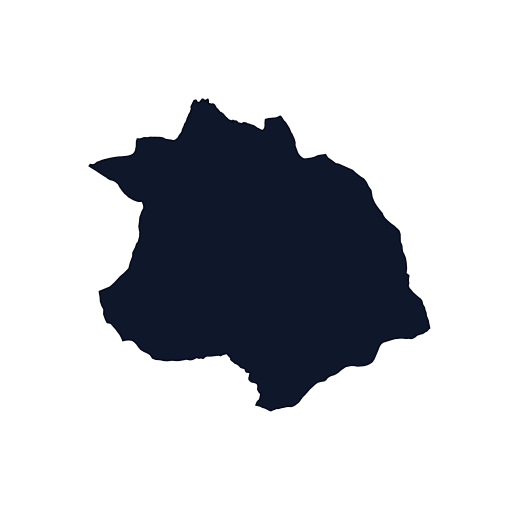 Semonkong, Maseru, Lesotho, rotated 21°
{"feature_id": "5366337B2664328548096", "entity_name": "Semonkong", "entity_type": "district", "adm_level": 2, "iso_a3": "LSO", "parent_name": "Lesotho", "parent_adm1": "Maseru", "projection": "robinson", "projection_center": [28.034, -29.842], "detail": "fine", "context": "isolated", "style": "filled", "palette": "ink", "viewbox_px": 512, "rotation_deg": 21, "n_neighbors": 0, "source": "geoboundaries", "source_scale": "gbopen_adm2", "svg_char_len": 6136}
<svg xmlns="http://www.w3.org/2000/svg" viewBox="0 0 512 512"><g transform="rotate(21 256 256)"><path d="M130.9,337.4L122.5,345.3L125.6,350.6L127.1,354.0L130.2,357.7L133.2,360.2L134.8,364.9L138.2,368.9L140.9,371.4L144.6,370.7L147.9,372.5L151.6,374.4L154.3,376.2L157.4,378.1L160.5,380.9L162.0,382.7L164.4,381.1L166.8,379.9L170.5,378.9L173.2,379.5L176.0,380.7L179.3,382.9L182.1,384.4L185.4,385.0L189.7,385.3L192.7,385.9L196.1,388.3L199.4,388.3L203.7,387.0L207.6,386.4L210.7,385.4L214.9,383.2L219.4,381.9L221.5,381.0L226.2,378.2L227.5,377.2L231.6,376.4L233.3,375.5L234.8,374.2L235.7,373.2L236.7,371.9L239.3,371.8L241.6,370.4L243.0,370.6L243.5,370.2L244.1,368.7L244.6,368.0L246.0,366.7L247.8,366.2L248.1,366.0L250.2,365.2L251.0,364.6L252.6,363.9L254.8,362.6L255.9,362.2L257.0,361.6L258.6,361.7L260.0,360.0L263.3,357.6L264.2,357.5L265.4,358.4L269.3,360.3L269.6,361.6L271.3,362.4L273.2,362.8L274.5,363.5L276.8,363.5L279.3,364.1L281.6,365.3L283.3,365.3L284.8,365.1L286.1,365.1L287.9,367.3L288.8,367.7L290.8,367.1L292.0,367.1L292.8,367.8L292.8,369.5L293.2,371.1L293.2,372.5L294.0,373.9L296.6,375.0L298.3,374.8L300.0,374.5L301.8,374.5L303.0,374.8L304.3,376.2L304.9,377.7L305.1,378.8L305.6,380.1L308.0,382.1L309.7,382.7L310.2,384.1L310.8,387.8L310.7,389.6L310.0,390.4L309.5,392.1L309.4,395.1L313.5,394.5L316.1,394.8L318.5,394.6L320.9,394.7L323.4,395.1L325.3,395.1L326.9,393.4L328.4,392.2L329.7,390.8L331.4,390.3L334.2,388.2L336.1,387.1L337.3,386.2L339.5,384.9L343.0,383.7L345.2,381.7L348.1,376.9L349.7,370.8L351.0,368.0L352.3,364.6L353.4,361.3L356.9,354.3L358.6,351.7L361.6,349.5L364.2,348.1L365.3,346.6L366.2,343.7L368.4,340.9L371.4,338.6L372.8,337.0L374.5,334.6L375.7,332.1L379.2,327.0L384.0,323.9L387.0,322.9L390.4,322.2L395.6,319.7L397.3,318.6L398.9,317.3L400.6,315.5L402.3,313.0L403.0,309.8L403.3,299.8L403.3,296.2L403.9,293.3L405.4,290.8L412.4,285.3L414.9,283.4L418.5,281.5L421.6,280.1L426.0,278.9L427.9,277.9L429.9,277.5L430.8,277.1L431.9,276.2L433.0,275.0L433.7,273.9L434.3,272.4L437.2,269.9L439.4,268.4L441.0,266.0L442.2,264.8L443.4,261.8L443.9,261.1L442.9,259.5L441.0,256.7L439.8,254.6L436.5,251.1L435.0,248.2L433.1,246.1L431.5,243.7L428.8,241.6L427.0,238.8L425.0,237.4L422.8,236.8L420.1,235.9L415.3,234.0L413.1,232.7L410.6,231.5L408.6,229.3L408.2,226.7L406.9,224.4L406.4,223.0L405.9,221.0L405.8,219.8L404.9,219.3L402.1,218.6L400.9,213.7L398.4,208.4L396.0,204.4L393.1,201.3L391.5,200.0L389.8,197.2L388.4,194.2L385.5,191.2L382.6,184.1L380.5,181.5L378.1,180.3L376.2,179.7L374.6,178.9L370.3,177.8L366.4,176.4L362.7,174.8L360.6,173.3L359.4,172.3L358.9,171.4L354.0,168.6L350.1,166.1L347.1,163.8L343.4,159.9L341.5,156.8L339.8,153.7L336.0,151.2L332.3,147.7L328.9,145.6L325.8,145.1L318.8,143.0L315.6,141.6L300.2,140.8L297.1,141.4L293.7,140.3L287.6,138.8L284.6,136.5L278.1,140.2L275.1,143.2L272.9,144.8L267.2,148.0L264.7,148.4L261.1,147.2L258.1,145.3L252.7,139.1L251.7,136.2L249.8,133.5L245.9,129.6L244.2,128.4L241.1,125.1L235.4,120.8L234.1,120.4L232.1,119.1L229.9,117.4L228.9,116.9L228.5,116.9L227.7,117.7L227.1,118.5L225.2,120.1L218.5,123.4L216.0,125.2L216.7,127.9L217.9,130.9L218.4,133.0L218.0,135.8L217.2,136.5L215.3,136.8L212.9,136.4L211.4,136.4L207.6,135.4L205.7,135.4L204.1,135.6L202.4,135.5L200.2,135.9L199.5,135.6L198.9,135.5L198.6,135.6L198.7,135.8L198.9,135.9L198.9,136.0L198.3,136.3L198.1,136.2L197.8,136.3L197.3,135.9L196.6,136.1L196.2,136.4L196.1,136.9L196.1,137.3L196.0,137.7L195.2,137.8L194.2,138.0L193.6,137.9L193.4,138.0L192.6,138.1L191.9,138.4L190.6,137.7L189.3,137.2L188.8,137.3L188.4,137.6L187.9,137.6L187.1,137.9L186.2,137.7L185.8,137.8L185.8,138.0L186.0,138.5L186.6,138.8L186.6,139.0L185.8,139.4L185.7,139.2L185.1,139.0L184.5,138.7L182.9,138.9L181.5,138.7L180.5,138.5L179.9,138.0L177.8,137.3L176.2,136.4L175.4,136.1L175.3,135.8L174.6,135.4L174.1,135.3L173.4,135.3L173.2,135.1L172.0,134.7L171.3,135.0L171.0,135.0L170.7,134.7L168.7,133.6L168.0,133.1L166.5,132.5L165.6,132.1L164.0,130.6L162.6,129.7L162.1,129.6L161.1,129.7L160.7,129.8L160.3,130.3L160.0,130.4L158.2,130.5L157.1,130.9L156.6,130.7L156.4,130.2L156.4,129.9L156.0,128.4L155.3,127.4L154.8,127.0L154.6,127.2L153.9,128.1L153.6,128.3L153.4,128.7L153.3,129.3L153.4,129.7L153.3,129.8L152.7,129.9L152.3,129.7L151.6,129.0L150.3,128.6L149.7,128.9L149.4,129.6L149.2,130.6L148.9,131.1L148.9,131.8L148.7,131.8L148.6,132.6L148.3,132.8L147.9,133.0L147.4,133.4L146.5,133.7L146.1,133.6L144.2,132.1L143.8,132.2L143.4,132.5L142.7,133.0L142.5,133.3L142.4,134.2L142.5,134.7L142.2,136.0L142.4,136.4L142.1,137.5L142.2,138.0L141.9,139.3L142.2,140.5L143.1,141.7L143.3,142.4L143.3,142.7L143.0,143.3L143.5,144.1L143.3,144.3L143.3,144.7L143.3,145.1L143.4,145.3L143.0,146.9L142.9,148.0L142.7,148.6L142.8,149.0L143.0,149.3L142.7,150.8L142.8,151.3L142.6,152.9L142.9,153.6L142.8,154.9L142.8,156.7L142.7,157.4L142.3,157.8L142.4,159.1L142.4,161.7L142.2,162.9L142.3,163.8L142.2,164.6L142.6,165.2L142.4,165.6L142.5,166.2L142.7,166.6L142.4,167.1L142.6,167.4L141.7,169.5L141.8,169.8L142.0,169.8L142.0,170.0L141.6,170.4L141.4,171.0L141.5,171.3L141.2,171.7L141.3,172.1L141.0,173.2L141.1,173.6L141.0,174.1L140.3,175.1L139.3,176.9L138.9,177.2L138.6,177.7L137.3,178.2L134.7,178.5L132.5,179.1L129.6,179.7L128.9,179.6L128.0,179.4L126.8,179.3L124.1,179.8L121.8,180.6L120.0,181.3L119.1,181.5L118.0,182.1L114.9,183.1L112.4,184.7L109.2,185.7L106.8,187.8L105.2,188.7L103.3,189.3L103.5,191.9L105.1,196.3L105.9,200.9L105.7,202.9L105.1,204.8L103.3,206.9L101.6,208.3L99.6,209.5L95.1,211.8L92.4,212.9L88.3,215.2L85.3,217.0L79.9,220.7L77.8,222.3L76.1,224.0L74.2,225.5L72.7,228.2L70.8,229.6L68.5,230.0L68.1,231.7L70.8,232.3L75.5,233.1L79.7,234.1L85.8,235.4L88.4,235.8L89.4,236.3L92.5,236.8L94.7,236.4L98.0,236.6L101.8,238.0L104.4,240.3L108.5,243.0L111.4,244.6L113.8,245.3L115.7,246.3L121.7,247.2L123.9,247.2L126.1,247.1L127.6,246.7L129.2,245.8L130.7,246.0L133.2,249.0L133.7,250.2L134.3,251.6L134.1,253.0L133.8,255.5L133.9,259.3L133.9,261.4L135.2,265.9L136.2,270.3L137.9,273.3L139.2,275.2L139.7,277.1L140.5,278.8L141.2,285.1L140.4,287.4L140.6,291.1L140.0,297.1L141.2,300.5L141.3,307.4L142.0,313.3L139.3,319.6L136.9,323.9L133.9,331.5L132.4,334.6L130.9,337.4Z" fill="#0f172a" stroke="#020617" stroke-width="1.5"/></g></svg>